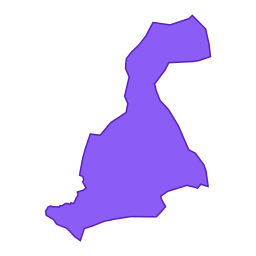 Cenxer, Arhangay, Mongolia
{"feature_id": "93677404B83456486542542", "entity_name": "Cenxer", "entity_type": "district", "adm_level": 2, "iso_a3": "MNG", "parent_name": "Mongolia", "parent_adm1": "Arhangay", "projection": "mercator", "projection_center": [101.504, 47.228], "detail": "fine", "context": "isolated", "style": "filled", "palette": "violet", "viewbox_px": 256, "rotation_deg": 0, "n_neighbors": 0, "source": "geoboundaries", "source_scale": "gbopen_adm2", "svg_char_len": 1626}
<svg xmlns="http://www.w3.org/2000/svg" viewBox="0 0 256 256"><path d="M208.1,186.5L208.1,186.2L206.0,170.9L203.9,164.9L195.4,153.3L188.7,149.8L178.4,126.0L168.6,109.7L160.1,100.6L156.2,90.9L154.6,83.9L165.1,69.9L168.8,62.7L192.8,61.5L198.8,60.6L210.5,56.6L209.0,44.1L205.6,29.0L196.9,20.1L192.2,15.4L189.1,18.6L170.1,24.9L153.0,22.5L148.5,31.0L146.1,35.7L139.0,44.9L138.9,45.0L131.6,51.9L126.3,58.8L125.5,68.4L129.2,76.9L127.0,86.1L124.6,96.3L127.8,103.5L126.1,112.5L110.8,122.6L100.2,135.2L90.3,134.0L85.5,148.2L85.4,148.4L82.8,157.9L82.7,158.3L80.3,171.1L79.6,175.3L81.9,176.0L82.5,176.4L82.9,177.1L83.3,178.2L83.5,179.1L83.6,179.8L83.2,180.9L82.6,181.8L86.0,187.9L85.7,188.4L84.4,189.4L84.0,189.6L83.4,190.1L77.3,192.1L77.9,193.7L77.9,194.9L77.7,195.5L77.2,196.7L76.2,197.7L75.7,199.2L74.9,201.2L74.4,202.3L73.7,203.1L72.6,203.4L70.9,202.8L70.1,204.5L67.8,203.4L66.9,203.4L66.1,203.5L64.9,203.8L64.0,204.4L63.4,204.9L62.7,205.5L62.0,205.9L60.8,205.8L60.1,205.7L59.7,206.3L59.5,207.0L58.6,207.1L58.1,206.9L57.5,206.8L56.8,206.9L56.1,207.0L55.4,206.9L54.7,206.7L54.1,206.6L53.4,207.0L52.3,206.6L51.1,206.0L50.4,206.2L49.0,206.7L48.0,207.1L47.7,207.4L47.5,207.8L47.4,208.4L46.7,209.6L45.5,211.2L45.9,212.1L45.9,213.2L46.0,213.4L46.3,215.3L53.6,219.6L56.5,224.0L60.1,225.6L66.3,228.0L69.7,231.1L74.9,236.8L80.3,240.6L84.3,228.5L92.7,225.9L92.8,225.8L104.5,221.1L110.7,220.1L112.8,219.4L130.4,216.6L156.3,216.8L162.3,210.5L162.5,210.2L165.6,206.6L162.1,200.6L160.6,196.3L167.7,191.3L176.7,188.5L187.4,185.2L188.9,186.0L195.0,187.2L197.4,188.2L200.8,184.3L208.1,186.5Z" fill="#8b5cf6" stroke="#5b21b6" stroke-width="1.5"/></svg>